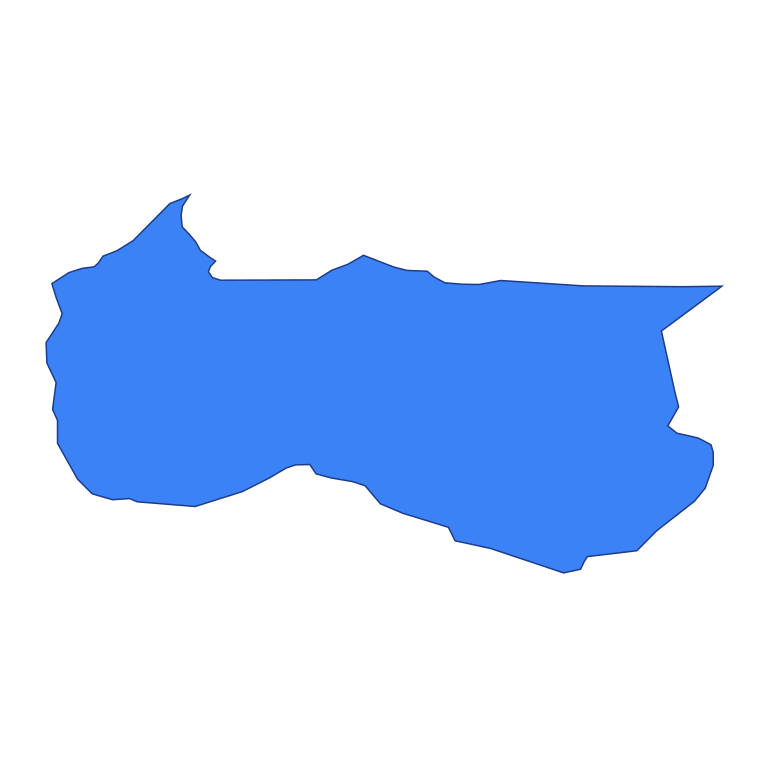 Sibut, Kémo, Central African Republic (orthographic projection)
{"feature_id": "33826404B70800381391301", "entity_name": "Sibut", "entity_type": "district", "adm_level": 2, "iso_a3": "CAF", "parent_name": "Central African Republic", "parent_adm1": "Kémo", "projection": "orthographic", "projection_center": [19.084, 5.828], "detail": "fine", "context": "isolated", "style": "filled", "palette": "blue", "viewbox_px": 768, "rotation_deg": 0, "n_neighbors": 0, "source": "geoboundaries", "source_scale": "gbopen_adm2", "svg_char_len": 1148}
<svg xmlns="http://www.w3.org/2000/svg" viewBox="0 0 768 768"><path d="M721.9,286.2L682.6,286.7L583.3,285.9L500.7,280.5L486.7,283.1L478.9,284.5L462.2,284.2L444.9,282.8L434.0,277.0L427.3,271.2L406.9,270.4L393.4,266.9L363.5,255.3L347.9,264.3L332.1,270.1L316.3,279.9L220.5,280.2L212.4,277.6L208.4,271.8L210.4,266.6L215.6,261.1L209.8,257.3L200.4,250.4L195.8,242.0L188.9,233.9L182.2,226.9L181.1,215.4L182.5,206.1L189.7,195.1L182.5,198.6L169.9,203.5L133.3,240.5L117.2,250.6L103.1,256.1L98.2,263.1L94.2,266.8L82.4,268.3L68.9,272.6L51.9,283.6L56.2,297.7L62.2,313.7L58.8,323.2L46.1,342.6L46.9,363.1L56.1,382.5L52.6,409.4L57.5,420.4L57.5,443.3L77.6,479.2L92.3,493.9L112.5,499.7L129.7,498.6L137.2,501.8L195.1,506.5L242.3,491.6L269.3,478.0L286.0,468.1L295.4,464.9L309.8,464.5L316.1,473.9L331.4,478.0L352.5,481.6L365.1,485.7L380.4,503.8L402.9,513.3L448.4,527.3L455.1,540.8L490.7,548.5L563.6,572.9L580.6,569.2L584.2,561.6L587.4,556.6L636.9,550.7L656.6,530.8L694.4,501.3L705.2,488.2L713.3,465.2L713.2,452.1L711.0,444.8L698.4,438.1L676.8,433.1L667.8,425.9L678.6,406.9L675.0,392.4L661.4,331.0L721.9,286.2Z" fill="#3b82f6" stroke="#1e3a8a" stroke-width="1.5"/></svg>